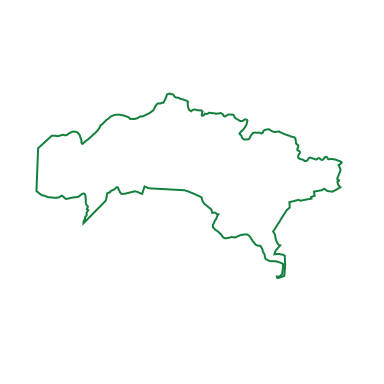 the district of Ixtepec, Puebla, Mexico, rotated 79°
{"feature_id": "50627088B58089687429718", "entity_name": "Ixtepec", "entity_type": "district", "adm_level": 2, "iso_a3": "MEX", "parent_name": "Mexico", "parent_adm1": "Puebla", "projection": "robinson", "projection_center": [-97.64, 20.04], "detail": "fine", "context": "isolated", "style": "outline", "palette": "green", "viewbox_px": 384, "rotation_deg": 79, "n_neighbors": 0, "source": "geoboundaries", "source_scale": "gbopen_adm2", "svg_char_len": 6008}
<svg xmlns="http://www.w3.org/2000/svg" viewBox="0 0 384 384"><g transform="rotate(79 192 192)"><path d="M291.2,124.8L292.7,124.6L292.9,123.4L292.0,117.4L281.5,114.5L272.2,113.1L271.1,114.4L269.4,118.5L269.0,120.8L268.9,123.0L266.6,121.8L265.1,120.5L261.2,115.6L260.6,116.8L258.6,117.9L255.3,118.7L252.9,118.8L250.7,118.7L249.3,118.8L246.2,119.9L243.7,117.3L240.6,114.6L238.0,111.9L235.8,110.0L227.9,102.5L225.9,99.0L220.5,98.3L220.4,93.8L220.0,88.9L221.3,87.1L221.2,83.1L221.3,76.0L219.6,76.1L219.1,72.3L214.9,72.3L215.0,64.4L214.1,61.4L216.9,58.9L218.5,54.0L217.2,49.8L215.6,45.4L212.8,47.2L209.6,47.3L209.1,45.6L208.7,45.4L207.8,46.7L206.8,47.0L203.0,44.6L201.3,43.6L200.4,42.8L199.3,42.3L198.3,42.0L197.7,41.9L196.1,42.4L195.2,42.4L193.5,43.0L193.0,41.6L192.6,40.8L191.8,39.5L190.9,39.8L189.8,41.2L189.7,41.6L188.4,43.6L187.4,45.3L186.9,46.5L186.9,47.0L186.7,47.3L186.2,48.7L185.9,51.7L185.7,52.1L185.4,52.3L184.2,52.6L183.8,52.8L183.3,53.1L183.1,53.6L183.0,54.1L183.0,54.6L183.3,55.0L184.3,56.1L184.8,56.5L185.1,57.1L185.3,57.7L185.3,58.3L185.1,58.9L184.5,59.5L183.7,60.1L183.2,60.5L183.0,61.0L182.9,61.5L183.1,62.0L183.2,62.4L183.7,63.2L183.8,64.1L180.8,69.2L180.8,70.1L181.0,70.9L181.7,71.6L182.4,72.1L183.0,72.8L183.3,73.6L183.3,74.3L183.1,75.4L182.1,76.3L181.3,77.2L180.8,78.5L180.3,79.4L179.8,80.1L178.9,81.1L178.4,81.1L177.3,81.0L176.6,80.8L175.3,79.7L174.3,78.7L173.6,78.5L172.9,78.5L172.5,78.7L171.4,80.2L171.1,80.5L170.6,80.6L169.9,80.4L168.4,79.4L167.3,78.9L166.8,78.9L166.3,78.9L164.6,80.4L164.3,80.5L163.5,80.6L162.6,80.4L161.9,80.3L160.9,80.5L160.2,80.5L159.7,80.3L159.1,80.3L158.7,80.4L158.2,80.8L157.8,81.1L156.9,83.0L156.4,84.4L155.6,85.3L152.8,90.3L151.6,92.0L150.9,92.7L150.5,93.5L149.8,94.6L149.1,95.1L149.1,96.4L148.8,99.8L148.6,100.3L147.5,102.0L146.8,102.7L145.8,103.8L145.3,104.2L145.0,105.1L144.9,106.3L145.0,108.8L145.2,109.5L145.6,110.0L146.3,110.6L146.9,110.8L147.5,111.6L147.7,112.3L147.7,113.0L146.9,113.8L146.5,115.0L146.2,117.4L145.6,119.0L145.7,121.1L146.4,121.7L148.1,123.7L149.1,124.5L149.8,124.9L150.4,125.4L151.0,126.1L151.0,127.2L150.8,128.4L150.7,129.6L150.4,130.6L150.0,131.3L149.2,132.0L148.5,132.4L147.4,132.6L146.3,132.8L145.4,133.2L144.2,134.2L143.6,134.2L143.0,133.5L142.0,132.2L141.4,131.2L140.3,129.6L139.0,128.1L137.4,126.6L136.5,125.8L133.1,124.2L132.3,124.0L131.9,124.1L131.4,124.7L131.0,125.5L130.8,126.2L131.2,127.1L131.3,127.6L131.7,128.1L131.9,128.8L131.9,129.5L131.7,130.3L131.4,131.2L130.8,132.0L129.6,133.2L128.8,134.3L128.0,135.1L127.0,135.9L125.2,136.1L124.7,136.3L124.4,136.5L124.1,136.9L123.8,137.5L123.1,140.4L123.0,141.4L123.0,142.0L123.2,142.6L124.1,144.9L124.1,145.4L124.0,145.9L123.3,146.4L122.0,146.7L121.4,147.2L120.0,148.6L119.9,149.2L120.0,149.5L120.0,151.2L119.9,152.3L119.7,153.2L119.7,153.7L119.5,153.8L118.7,156.0L118.7,156.5L117.9,158.6L117.8,159.3L117.5,159.9L117.5,160.6L118.2,161.7L118.2,162.4L118.0,163.5L117.5,164.4L118.2,165.2L118.9,165.7L119.2,166.5L119.2,167.0L119.0,167.4L118.8,167.8L118.3,167.8L116.7,167.1L116.1,167.1L115.5,166.7L115.0,166.3L113.6,167.2L113.6,168.1L113.3,168.9L112.8,171.0L112.5,171.6L111.9,172.6L111.6,173.6L111.4,174.4L111.7,175.7L111.9,176.3L112.2,176.8L112.6,177.4L110.6,179.3L107.2,179.7L106.3,179.6L105.6,179.4L105.0,179.4L103.7,179.3L103.4,179.1L103.0,178.6L102.7,178.7L102.5,178.9L101.9,179.2L99.4,183.1L98.7,185.0L98.0,186.1L97.1,187.1L96.7,187.7L96.6,188.7L96.1,189.7L94.9,191.1L94.2,191.1L93.1,191.6L92.1,193.0L91.9,194.2L91.4,194.6L91.1,195.4L91.4,197.9L93.9,199.2L96.8,201.3L98.9,203.0L98.7,204.5L99.0,205.9L98.9,207.0L98.6,208.6L99.3,209.9L101.3,212.0L103.7,213.6L105.0,215.6L106.3,218.4L107.0,220.4L107.5,222.8L108.5,226.3L108.0,227.7L108.1,229.1L109.0,230.9L109.4,233.8L108.8,237.1L108.4,238.8L106.6,240.0L105.0,242.5L103.4,245.4L102.1,249.1L101.6,251.7L101.7,254.4L102.6,257.8L104.1,260.0L104.8,262.0L107.7,266.2L108.7,267.9L108.9,268.7L110.8,270.2L113.1,272.3L114.6,274.4L115.7,275.8L116.1,276.9L117.9,279.6L120.3,283.6L121.9,287.0L123.9,290.2L123.1,291.0L121.8,291.1L120.4,290.6L118.7,290.8L117.8,291.1L115.7,291.3L115.0,291.3L113.2,292.1L111.8,293.0L110.8,294.4L110.2,296.3L110.0,297.2L110.2,298.7L111.1,302.1L112.0,303.4L112.3,304.7L112.0,306.2L111.2,307.8L111.6,313.2L111.3,314.2L110.7,315.4L110.0,318.9L119.7,334.7L161.4,344.5L164.5,341.9L165.3,341.3L165.9,340.5L167.0,339.2L167.3,337.8L168.3,336.2L169.4,334.8L170.2,332.4L171.8,326.7L171.9,323.6L170.7,320.4L174.8,317.1L174.8,314.4L174.6,312.5L174.7,309.7L175.0,306.5L175.0,304.3L173.7,301.9L173.0,300.2L172.8,298.7L173.3,297.9L173.8,297.6L174.7,297.3L179.2,297.7L180.3,297.9L181.5,298.2L183.1,298.3L184.7,298.0L185.5,297.4L186.1,297.0L187.0,297.2L187.6,297.6L188.6,298.5L190.1,297.3L191.1,298.3L191.9,299.2L192.8,299.6L194.2,299.7L194.8,299.9L195.0,300.1L196.1,301.6L198.0,302.2L200.1,304.0L202.0,304.5L184.4,278.8L183.6,278.0L177.0,275.4L176.8,274.6L176.8,272.7L176.5,272.3L175.9,272.1L175.7,271.8L175.3,270.8L175.0,269.3L174.6,267.7L173.0,265.2L173.2,264.0L178.6,262.7L180.4,261.6L180.9,258.4L180.4,248.2L181.3,245.9L182.0,244.8L183.3,243.2L184.3,241.2L177.5,237.5L180.1,233.8L188.8,199.2L190.6,195.8L195.1,189.0L196.1,187.8L196.9,186.4L198.0,185.0L199.1,183.7L203.4,183.3L205.9,182.1L208.4,180.1L209.8,178.9L211.5,177.4L213.0,176.3L216.3,176.1L216.6,173.4L217.2,172.6L218.9,171.5L219.0,170.5L220.7,172.0L223.5,173.7L224.0,174.7L225.2,175.5L226.6,176.3L228.2,177.7L230.7,178.2L232.3,177.0L233.7,176.3L234.4,175.4L235.2,174.5L236.9,173.2L238.2,172.4L238.2,172.1L239.6,171.4L242.3,170.1L243.5,169.0L243.9,167.5L244.0,164.6L243.7,161.6L244.9,158.4L243.6,152.8L243.6,149.2L243.8,147.8L244.3,145.8L245.4,144.6L246.8,143.8L250.4,142.2L252.0,141.8L252.9,141.1L254.8,140.1L255.8,139.7L257.2,137.7L257.9,135.1L260.5,134.2L262.1,133.7L263.5,133.9L265.7,133.3L266.9,132.7L269.8,132.8L270.5,132.7L271.7,132.5L272.3,131.9L273.4,130.5L274.7,128.8L275.3,126.1L275.7,124.2L276.0,123.0L276.9,121.2L277.6,119.7L279.2,117.3L280.2,116.3L284.9,117.6L289.8,119.2L291.7,122.0L291.2,124.8Z" fill="none" stroke="#15803d" stroke-width="2"/></g></svg>